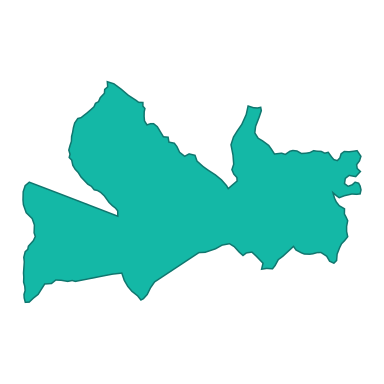 Joviânia, Goiás, Brazil
{"feature_id": "56859067B98474481427094", "entity_name": "Joviânia", "entity_type": "district", "adm_level": 2, "iso_a3": "BRA", "parent_name": "Brazil", "parent_adm1": "Goiás", "projection": "natural_earth1", "projection_center": [-49.597, -17.786], "detail": "fine", "context": "isolated", "style": "filled", "palette": "teal", "viewbox_px": 384, "rotation_deg": 0, "n_neighbors": 0, "source": "geoboundaries", "source_scale": "gbopen_adm2", "svg_char_len": 2811}
<svg xmlns="http://www.w3.org/2000/svg" viewBox="0 0 384 384"><path d="M281.6,153.2L274.5,154.0L271.4,149.2L268.7,145.4L262.6,140.9L258.2,138.3L254.8,132.9L255.6,126.3L259.1,117.3L261.3,110.7L260.7,107.3L257.6,108.0L253.4,107.7L248.1,106.0L246.2,114.6L241.8,124.4L237.3,130.9L233.5,137.0L231.0,144.8L233.0,155.1L233.7,164.2L231.9,169.7L233.8,174.1L236.9,177.5L237.1,181.0L228.2,188.6L226.5,185.6L221.5,179.9L215.4,174.9L207.7,169.9L203.0,166.5L197.0,161.1L195.0,155.3L189.1,153.9L184.7,156.3L179.6,152.3L176.9,146.6L174.3,143.2L168.9,142.1L168.1,137.2L163.4,136.8L157.3,126.7L153.6,123.7L150.5,123.7L147.0,124.9L144.5,120.9L144.1,116.4L144.2,111.8L144.9,108.5L142.9,106.2L142.9,102.5L138.6,102.3L136.0,100.3L128.3,95.3L121.2,89.2L113.9,83.8L107.3,81.7L107.7,86.9L104.7,89.4L104.4,93.3L100.3,97.6L98.5,101.7L95.5,103.3L94.0,106.8L90.8,109.7L87.0,113.0L83.9,115.4L81.0,117.7L77.8,118.5L74.7,123.0L73.4,127.7L72.6,132.5L71.6,136.4L71.4,141.4L70.0,145.6L68.8,150.1L70.0,154.2L69.2,157.5L71.7,160.1L72.8,165.3L75.1,169.2L78.2,172.5L81.0,177.0L87.8,184.2L91.4,186.3L94.2,189.8L97.5,190.5L100.7,192.4L104.3,195.8L109.1,202.5L112.4,205.7L115.5,208.1L117.7,210.9L117.8,216.2L60.5,194.1L29.3,182.2L25.2,185.6L23.2,191.7L23.0,199.9L23.4,204.7L26.2,212.7L32.2,218.6L34.4,225.0L34.1,232.8L35.3,236.5L33.4,240.6L28.4,246.2L27.8,249.3L25.2,251.7L23.8,257.3L24.3,261.9L23.5,273.1L23.8,277.0L23.6,282.1L24.8,286.4L25.1,290.7L24.0,294.4L24.2,298.0L25.3,302.3L29.2,302.1L33.4,298.1L38.1,294.4L44.7,284.0L51.5,283.5L55.8,280.0L61.4,280.3L67.7,281.4L72.2,280.5L75.4,281.4L106.3,275.3L112.6,274.1L121.8,273.1L124.3,280.4L127.8,286.4L131.9,291.3L137.6,295.8L140.9,300.0L143.4,298.7L147.2,294.5L150.5,287.8L154.6,281.9L198.9,252.6L205.1,252.3L215.5,248.8L222.1,245.1L229.5,243.7L234.3,246.7L239.2,252.1L243.0,255.5L246.4,252.9L251.9,252.1L256.3,256.2L263.0,263.2L261.6,269.2L266.7,268.4L272.5,268.8L275.1,265.5L278.3,259.6L282.9,256.2L293.5,246.4L296.0,250.0L301.5,252.9L304.3,254.0L309.7,254.2L312.8,253.8L317.1,252.6L321.0,252.5L326.7,256.2L329.6,261.2L333.9,263.2L336.6,260.5L337.1,254.1L339.6,247.7L341.5,243.8L344.7,240.5L347.7,236.7L346.6,231.5L346.6,226.3L347.7,220.7L346.0,217.0L344.4,214.0L344.5,208.8L339.2,205.7L336.2,201.8L334.5,198.2L333.0,192.7L336.7,195.9L339.2,197.7L344.5,195.7L351.9,194.0L356.6,194.3L360.1,193.9L361.0,189.9L360.1,186.0L358.6,183.2L355.1,182.2L352.2,184.8L348.1,186.3L344.5,183.6L345.3,178.4L349.1,175.4L355.7,176.6L360.4,171.5L357.2,168.5L356.6,164.7L359.5,160.8L360.9,156.3L357.1,150.7L353.8,151.2L349.0,151.8L344.3,151.5L341.1,153.8L339.9,157.9L337.3,160.6L333.8,159.6L331.6,157.0L328.2,152.3L324.8,153.2L321.2,151.4L316.9,151.2L313.6,150.7L309.9,152.6L306.1,153.2L301.4,153.5L297.0,151.0L292.9,150.5L290.0,151.2L285.3,154.4L281.6,153.2Z" fill="#14b8a6" stroke="#0f766e" stroke-width="1.5"/></svg>